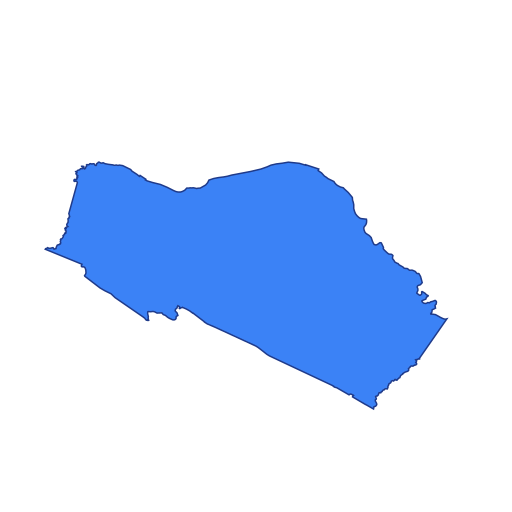 outline of Tamalameque, Cesar, Colombia, rotated 116°
{"feature_id": "7082276B88899531515533", "entity_name": "Tamalameque", "entity_type": "district", "adm_level": 2, "iso_a3": "COL", "parent_name": "Colombia", "parent_adm1": "Cesar", "projection": "natural_earth1", "projection_center": [-73.751, 8.897], "detail": "fine", "context": "isolated", "style": "filled", "palette": "blue", "viewbox_px": 512, "rotation_deg": 116, "n_neighbors": 0, "source": "geoboundaries", "source_scale": "gbopen_adm2", "svg_char_len": 6024}
<svg xmlns="http://www.w3.org/2000/svg" viewBox="0 0 512 512"><g transform="rotate(116 256 256)"><path d="M208.4,331.6L211.4,331.6L214.3,332.4L219.4,335.9L220.6,338.0L221.3,338.8L222.1,342.1L223.2,344.0L223.6,345.1L224.3,346.0L225.3,348.0L228.2,348.9L230.3,350.5L231.6,351.9L232.7,354.2L233.2,356.3L233.3,358.8L233.2,365.9L233.6,373.3L235.3,381.2L236.2,386.7L236.1,388.8L235.3,388.7L234.4,395.5L235.5,395.6L235.4,396.3L234.8,398.9L234.1,404.7L233.6,405.6L233.2,406.7L233.2,415.4L234.2,418.7L234.9,419.5L235.3,420.5L235.5,421.6L236.2,422.4L236.7,423.4L236.8,424.5L238.3,428.8L239.2,432.1L239.2,434.3L240.0,435.1L240.5,436.2L240.4,438.2L240.8,438.8L241.7,439.0L242.9,439.7L244.1,439.3L244.8,439.5L245.0,440.3L244.2,441.7L244.2,442.3L245.3,444.0L245.6,445.4L246.1,445.9L247.0,446.1L247.4,446.6L248.0,448.1L248.5,448.3L249.4,447.6L249.7,447.6L250.7,448.0L252.1,447.7L252.9,448.3L252.3,449.4L251.4,449.7L251.0,450.1L251.6,451.9L251.8,452.1L252.1,451.8L252.0,450.5L252.1,450.2L252.3,450.0L253.4,450.0L254.5,452.0L255.8,452.3L257.3,453.9L258.6,454.2L259.2,455.1L259.3,455.0L259.5,453.5L259.9,453.4L260.9,453.9L261.4,453.3L261.6,452.4L262.3,452.1L262.2,451.5L262.8,451.7L263.2,450.8L263.7,450.8L264.0,451.3L264.4,451.3L265.0,450.7L265.4,450.7L266.4,451.4L266.4,452.1L266.7,452.7L267.4,452.9L268.3,452.6L268.5,452.2L268.5,451.7L267.7,450.7L267.5,449.8L268.4,448.7L300.0,442.8L301.3,441.5L302.0,441.3L302.3,440.7L303.0,440.8L303.3,441.0L303.7,440.7L304.1,440.8L304.7,441.3L305.1,441.3L306.2,440.5L308.4,439.6L309.2,439.9L310.7,439.9L311.5,439.3L311.9,438.3L312.1,438.8L313.0,438.6L313.5,439.2L314.3,438.8L314.3,439.7L315.2,439.8L315.6,439.1L316.4,438.7L316.4,438.1L317.0,437.5L317.6,437.3L318.2,437.6L318.5,437.1L319.0,437.0L319.6,437.9L320.8,437.5L321.4,438.1L321.8,438.1L322.2,438.4L322.4,438.3L322.9,437.7L324.1,437.7L325.5,438.0L325.9,438.2L326.1,438.8L326.9,439.0L327.7,438.3L328.9,438.2L329.4,437.5L330.6,437.1L330.9,437.1L331.4,437.8L332.1,437.9L332.4,438.5L333.4,439.4L335.9,439.4L337.0,439.0L337.7,439.9L338.2,440.2L338.3,440.8L337.6,441.6L337.5,442.2L339.4,444.5L339.9,445.7L339.8,446.9L340.5,447.2L341.6,448.3L342.3,448.4L339.7,408.8L341.4,408.7L341.9,408.3L342.0,407.6L341.3,406.2L341.3,405.0L341.8,404.2L343.1,402.9L345.7,401.4L346.9,401.2L348.8,401.5L349.3,400.9L353.1,382.1L353.5,376.6L353.5,369.7L355.2,364.4L360.2,331.2L360.7,328.7L361.6,327.1L361.7,326.3L361.3,324.8L361.0,324.4L360.9,324.6L361.3,325.3L361.1,325.5L360.8,325.0L360.5,325.3L360.1,324.9L358.8,325.9L357.8,326.1L355.2,328.2L353.6,328.8L353.2,328.6L352.3,326.3L351.0,324.3L350.6,322.7L350.7,320.0L348.4,315.7L349.3,313.7L349.1,311.4L349.8,308.6L350.0,306.5L349.9,303.0L349.4,301.7L348.9,301.1L348.2,300.6L347.1,300.5L345.7,301.1L345.0,301.1L344.1,300.3L343.7,300.1L341.7,302.1L341.0,304.2L340.6,304.7L339.1,305.0L337.3,304.2L336.0,304.5L334.9,304.4L335.1,302.5L335.4,302.3L336.7,302.0L336.8,301.7L336.4,301.2L335.6,301.0L334.8,299.8L334.4,299.7L334.2,295.3L334.4,291.6L335.1,287.8L334.9,287.7L337.8,273.3L338.0,273.3L338.4,270.0L338.0,262.3L337.0,216.6L337.3,213.9L339.6,203.1L339.9,200.1L338.9,130.7L339.0,129.1L339.3,129.1L339.4,127.6L339.0,125.8L340.0,111.5L339.5,111.4L338.6,110.5L338.4,109.1L338.6,108.1L338.4,107.7L338.5,107.2L339.6,107.6L340.3,107.5L341.5,92.5L341.4,92.4L342.0,83.3L339.8,83.9L338.6,82.7L337.8,82.4L336.7,82.3L335.6,83.0L334.0,85.2L332.9,85.7L332.1,85.2L331.5,85.3L329.9,86.9L329.3,86.6L328.6,85.6L327.8,85.4L327.1,85.1L326.2,85.4L324.9,85.4L324.4,84.1L324.1,83.8L323.3,83.9L322.5,83.2L321.8,83.3L320.4,82.7L320.1,82.1L319.4,82.0L318.9,81.7L318.4,81.2L317.9,79.7L316.2,79.8L315.5,80.3L313.5,80.2L313.3,80.5L312.9,80.5L312.1,80.3L311.5,79.7L310.6,79.3L309.1,79.5L308.1,78.5L308.1,77.6L307.4,77.2L306.3,77.2L305.9,76.8L305.9,76.3L306.2,75.8L305.8,75.4L305.9,75.0L305.5,74.7L304.8,74.8L304.0,74.3L303.3,74.2L302.3,73.4L300.0,73.6L298.0,72.5L297.5,72.6L297.3,72.2L296.8,72.2L294.9,71.0L293.0,69.0L291.5,68.7L290.4,69.6L288.8,68.9L288.0,68.9L287.8,68.6L287.2,68.6L286.6,67.9L286.2,66.6L285.4,66.3L284.7,65.5L284.4,65.5L283.9,64.6L282.6,64.2L281.9,64.9L281.6,65.8L280.5,65.5L279.8,65.9L279.3,67.1L278.9,66.8L278.3,65.4L277.3,65.1L277.1,64.1L276.7,63.8L276.3,64.2L275.7,64.3L275.2,64.1L228.8,56.9L229.8,58.1L230.1,59.2L230.3,60.6L230.3,64.1L230.2,64.6L230.0,69.0L231.0,72.2L231.6,73.2L230.9,73.8L230.4,73.4L229.5,73.3L227.0,74.1L226.0,73.1L224.1,71.8L223.2,72.7L222.8,72.7L222.1,73.4L221.3,73.4L220.4,73.0L219.6,73.2L218.5,73.5L217.9,73.9L217.5,74.6L217.4,75.6L219.3,77.3L220.6,78.9L222.1,79.7L222.5,81.2L223.8,82.1L224.4,82.9L224.9,84.8L224.4,86.5L224.0,87.0L223.5,87.2L222.2,86.2L220.4,84.5L218.3,84.7L216.8,83.8L216.2,83.8L216.1,84.0L216.1,85.8L215.4,87.7L215.1,90.9L215.2,91.2L215.6,91.4L217.4,90.5L217.8,90.5L219.2,91.1L219.5,91.7L219.5,92.1L219.0,95.1L218.7,95.3L216.0,95.4L214.6,96.1L213.3,97.5L212.4,97.7L211.5,97.4L209.7,95.6L207.1,94.9L202.3,99.1L200.5,101.7L200.5,102.3L201.0,103.2L201.1,103.8L200.6,105.0L200.1,105.9L200.1,108.0L200.3,109.6L201.5,111.7L201.4,112.4L201.1,113.4L201.0,114.7L201.9,116.8L202.0,117.6L201.5,119.0L201.2,123.6L200.5,125.0L200.7,126.3L200.5,128.7L199.4,130.2L198.9,131.5L198.0,132.5L195.6,133.1L195.3,133.8L195.1,134.8L195.2,135.4L195.9,137.0L196.0,137.9L195.5,139.9L194.4,143.3L193.7,144.8L192.4,145.2L189.3,149.1L189.4,149.9L189.7,150.5L192.6,152.1L193.5,153.0L193.9,154.8L193.2,156.0L191.8,157.7L188.9,160.6L188.0,163.0L187.5,167.0L186.9,168.5L185.2,170.3L184.0,171.2L182.8,171.6L179.6,171.0L177.8,171.2L175.8,172.0L174.5,172.9L176.1,177.4L176.4,178.5L176.4,179.4L176.2,180.7L175.5,182.9L174.4,185.1L173.0,186.7L170.6,188.9L167.1,190.6L165.0,192.2L163.6,193.6L161.1,195.1L158.5,200.9L157.0,206.0L156.4,207.4L157.0,210.4L156.9,213.7L156.5,215.5L155.7,217.4L154.9,218.6L154.9,225.2L154.4,227.3L154.2,229.5L152.6,233.5L152.0,237.6L150.3,237.7L152.2,251.3L152.6,251.1L153.7,257.7L157.5,268.1L161.1,273.1L164.4,278.2L167.8,282.4L170.9,285.0L175.7,289.7L182.4,297.9L193.9,313.3L196.8,316.6L199.1,319.7L201.9,324.0L204.9,328.0L208.4,331.6Z" fill="#3b82f6" stroke="#1e3a8a" stroke-width="1.5"/></g></svg>